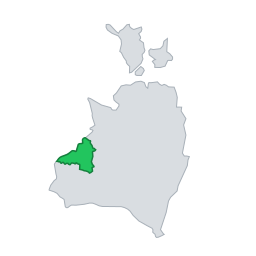 where Valga sits in Estonia, rotated 101°
{"feature_id": "EST-2349", "entity_name": "Valga", "entity_type": "County", "adm_level": 1, "iso_a3": "EST", "parent_name": "Estonia", "parent_adm1": "", "projection": "mercator", "projection_center": [26.16, 57.869], "detail": "fine", "context": "in_parent", "style": "filled", "palette": "green", "viewbox_px": 256, "rotation_deg": 101, "n_neighbors": 0, "source": "natural_earth", "source_scale": "10m", "svg_char_len": 4094}
<svg xmlns="http://www.w3.org/2000/svg" viewBox="0 0 256 256"><g transform="rotate(101 128 128)"><path d="M204.1,193.5L203.3,193.7L198.8,192.9L193.8,190.5L191.6,188.6L189.4,188.7L186.9,189.9L177.6,193.4L175.3,192.5L170.0,189.1L167.3,185.4L161.3,177.9L160.8,176.2L160.0,174.7L153.6,172.9L151.3,170.1L149.3,169.8L146.4,168.4L138.9,162.5L137.1,161.9L136.6,162.9L136.7,164.3L136.3,165.1L135.3,165.1L133.6,162.9L131.5,161.0L125.0,164.6L122.7,165.6L120.6,165.8L110.4,170.5L107.3,173.0L106.0,172.8L106.3,170.4L110.5,158.4L111.3,148.8L112.9,147.5L113.3,146.2L112.7,143.1L108.2,141.1L106.4,141.4L104.8,144.7L103.2,147.1L99.2,148.5L95.9,146.1L88.0,142.7L86.0,138.2L85.5,133.7L81.4,129.4L79.6,124.2L80.3,120.6L84.1,118.3L85.2,116.2L80.4,116.5L79.4,116.1L79.2,114.2L77.1,107.9L79.0,105.4L79.8,102.9L78.3,100.9L78.7,98.5L79.9,96.1L79.1,90.5L83.9,87.6L88.5,85.5L98.2,84.4L97.3,79.3L101.2,79.1L107.8,72.9L114.4,74.0L123.9,69.8L142.3,69.8L144.8,67.4L144.3,64.9L144.4,62.3L147.9,63.0L153.6,62.6L175.2,67.8L180.5,67.8L187.9,73.0L191.9,74.3L203.6,74.4L221.6,76.7L225.1,73.1L225.5,72.2L227.2,74.2L229.4,77.4L230.0,79.2L229.2,80.3L227.1,81.2L226.6,82.2L225.6,83.8L223.1,84.1L221.8,85.3L220.2,90.7L217.2,99.6L212.8,106.3L209.3,110.0L207.7,112.8L206.8,116.2L206.5,119.6L209.9,138.1L209.9,141.4L209.1,144.8L208.5,148.3L209.0,151.3L211.2,156.4L213.6,164.0L214.5,168.9L216.1,170.6L217.6,171.9L217.9,172.8L217.9,173.6L217.1,174.6L210.3,177.1L209.4,179.2L208.6,181.6L205.7,185.1L204.7,188.4L204.2,192.2L204.1,193.5ZM50.7,126.6L53.0,128.1L55.2,127.6L57.3,126.5L62.0,127.5L72.6,135.1L73.6,137.1L67.2,138.1L65.8,140.4L64.3,142.0L62.5,142.5L59.4,145.8L55.3,148.9L54.4,150.7L46.9,150.4L42.8,151.6L39.5,155.0L38.1,161.7L35.7,166.9L33.2,168.8L30.6,169.1L30.0,167.1L30.3,165.2L35.7,157.8L36.8,155.4L34.1,154.4L31.9,151.8L26.9,148.8L26.0,146.4L27.2,146.2L28.3,145.5L29.6,143.4L30.2,141.1L26.3,134.3L28.3,133.2L30.8,133.5L33.4,135.5L36.2,133.1L37.4,132.8L39.4,133.6L41.4,129.1L46.1,127.6L48.5,126.2L50.7,126.6ZM60.7,113.7L58.0,116.8L56.4,115.6L55.6,114.1L52.2,121.1L48.3,122.3L46.0,120.9L46.2,118.3L44.0,111.5L40.7,109.4L36.0,109.3L32.6,106.4L45.7,104.5L47.1,101.2L49.8,97.8L51.8,97.4L53.5,98.2L53.8,100.9L54.2,101.9L60.2,103.4L62.5,107.9L63.4,113.3L60.7,113.7ZM74.3,131.0L71.6,131.6L65.2,127.2L66.7,124.2L68.5,123.0L73.9,124.9L74.7,129.4L74.3,131.0Z" fill="#d9dde1" stroke="#a8b0b8" stroke-width="1"/><path d="M148.2,170.4L147.4,170.2L146.7,169.8L146.0,168.9L145.8,168.4L145.8,168.0L145.8,167.9L146.4,166.8L146.6,166.2L146.8,165.6L147.6,164.3L147.7,163.7L147.7,163.1L147.7,162.6L148.0,162.3L148.8,162.2L149.3,162.3L149.9,162.2L150.4,161.8L151.3,160.7L152.5,159.7L154.3,158.8L154.5,158.5L154.7,158.1L154.5,157.8L154.5,157.5L154.6,157.1L154.8,156.8L155.2,156.4L155.3,156.2L155.4,155.9L155.5,155.6L155.9,155.7L156.8,156.3L157.2,157.0L157.6,157.8L158.0,158.2L159.0,158.2L159.7,157.9L162.6,157.1L168.0,157.5L168.7,157.2L169.4,156.6L169.9,156.5L170.5,156.0L171.8,154.4L172.2,154.1L172.6,154.1L172.9,154.7L173.2,155.0L173.9,155.7L174.2,155.7L174.8,155.4L175.3,155.2L177.1,154.6L177.7,155.1L178.1,155.5L178.7,155.9L179.0,156.3L179.6,157.3L178.9,158.0L178.6,158.9L178.3,160.2L178.3,160.7L178.2,161.3L178.3,162.6L178.2,163.6L177.9,164.4L177.8,167.6L174.1,168.1L173.0,168.5L172.9,168.8L172.9,169.3L172.9,169.9L172.7,170.7L172.3,171.3L172.1,171.7L172.1,172.3L173.0,172.5L173.3,173.2L172.9,174.3L173.0,174.6L173.0,176.5L173.9,177.3L174.8,177.6L175.1,178.0L175.1,178.5L174.9,179.3L174.7,179.7L174.4,179.9L174.2,180.1L174.2,180.5L174.3,180.9L174.4,181.5L174.7,181.9L175.1,182.3L175.4,182.6L175.5,183.1L175.3,183.5L174.7,184.1L174.1,185.2L174.2,185.4L174.6,185.9L175.3,186.7L175.3,187.0L175.1,187.4L174.9,187.7L174.3,188.1L174.1,188.4L174.1,188.7L174.2,189.0L174.4,189.3L174.2,190.6L174.3,191.5L171.7,190.4L171.3,190.2L169.9,189.2L168.8,187.9L165.8,182.9L164.7,181.6L161.1,178.6L160.8,177.9L160.7,176.6L160.8,176.1L161.0,175.7L161.1,175.3L161.0,174.8L160.8,174.5L160.4,174.3L153.6,173.7L152.8,172.9L152.4,171.7L152.1,170.4L151.6,169.6L151.1,169.6L150.7,169.7L149.0,170.3L148.2,170.4Z" fill="#22c55e" stroke="#15803d" stroke-width="1.5"/></g></svg>